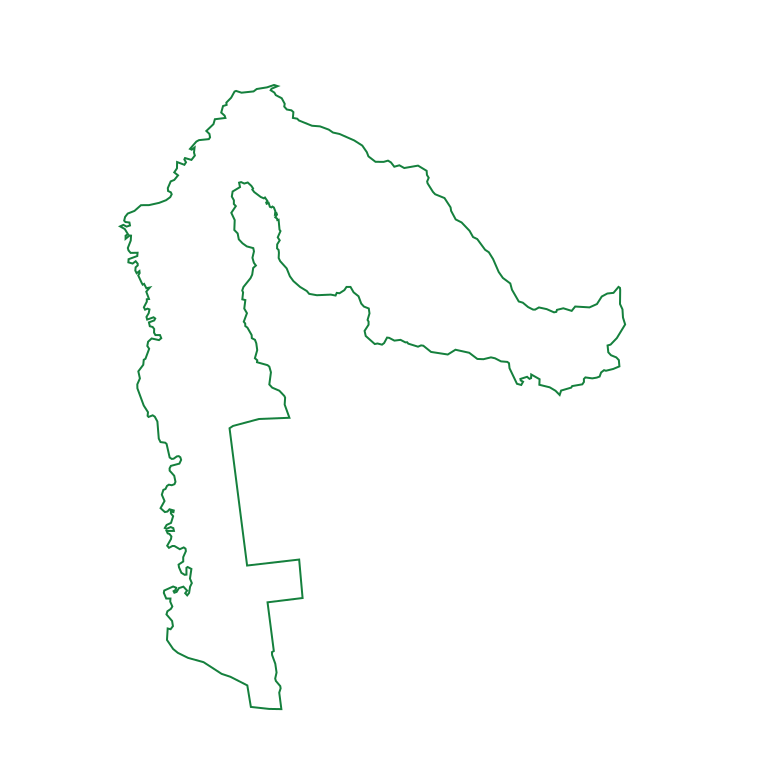 outline of Pimenteiras do Oeste, Rondônia, Brazil, rotated 83°
{"feature_id": "56859067B54089399985643", "entity_name": "Pimenteiras do Oeste", "entity_type": "district", "adm_level": 2, "iso_a3": "BRA", "parent_name": "Brazil", "parent_adm1": "Rondônia", "projection": "mercator", "projection_center": [-61.562, -13.01], "detail": "fine", "context": "isolated", "style": "outline", "palette": "green", "viewbox_px": 768, "rotation_deg": 83, "n_neighbors": 0, "source": "geoboundaries", "source_scale": "gbopen_adm2", "svg_char_len": 6143}
<svg xmlns="http://www.w3.org/2000/svg" viewBox="0 0 768 768"><g transform="rotate(83 384 384)"><path d="M694.2,525.5L677.6,525.6L673.5,523.7L671.2,523.8L665.6,527.5L663.1,527.9L657.3,525.8L648.4,526.0L639.3,528.1L636.5,527.9L635.6,525.9L586.5,526.2L586.5,490.9L547.9,489.6L547.5,542.0L409.1,542.7L407.2,538.9L403.5,512.4L406.0,482.0L392.3,485.1L385.5,483.8L383.7,484.4L377.9,488.7L374.0,495.4L370.5,497.9L358.6,494.8L352.8,495.7L351.1,497.3L346.9,507.4L345.0,506.9L342.7,509.0L334.9,505.7L328.0,505.8L324.4,506.7L322.4,509.6L319.3,509.4L311.4,512.7L309.6,514.6L307.0,514.4L305.1,515.6L297.0,511.4L292.1,513.5L283.8,511.4L282.7,514.3L275.9,512.7L273.9,513.3L270.6,511.7L262.7,503.6L259.4,501.5L252.9,499.7L250.8,496.7L247.8,498.4L242.7,499.2L236.5,496.9L233.2,497.2L230.7,503.4L227.1,507.3L222.7,510.5L216.7,510.9L212.9,513.8L203.1,512.2L195.5,514.7L189.4,509.4L187.0,511.1L183.4,510.6L179.4,512.2L174.5,510.8L171.0,502.9L166.5,503.3L166.2,501.2L168.0,498.3L167.4,494.7L171.2,491.5L174.0,490.1L175.0,491.0L177.7,489.4L183.4,483.5L185.1,480.6L184.4,479.4L188.4,477.3L189.5,478.8L190.8,478.5L190.3,476.4L194.2,475.7L195.0,474.2L194.3,473.1L195.4,471.8L199.3,470.8L202.3,471.5L201.4,469.9L202.8,469.6L205.3,471.6L206.8,470.0L208.3,469.9L208.1,468.6L218.1,468.9L219.6,468.1L225.5,471.6L228.7,470.0L232.4,473.0L236.4,473.6L238.1,472.3L240.9,472.3L246.1,473.2L249.4,472.1L257.4,466.5L265.6,464.3L270.8,461.4L277.4,455.5L282.3,449.3L285.4,447.3L287.7,439.8L288.8,425.9L290.3,421.3L287.8,419.8L288.5,417.1L286.0,411.9L283.1,409.4L283.6,405.4L289.3,403.0L293.8,398.6L301.4,396.8L304.7,394.5L307.2,389.9L312.2,389.8L318.4,392.5L320.2,391.7L323.3,392.1L328.9,396.8L334.1,396.3L343.2,388.3L343.0,385.5L344.7,381.2L343.4,378.9L338.3,375.3L338.8,373.3L342.2,368.4L342.2,362.2L345.3,357.7L345.4,355.9L346.9,355.0L351.1,345.7L350.2,342.5L350.8,340.3L357.9,333.4L362.5,317.1L358.7,308.9L363.4,295.6L370.5,288.3L371.5,282.3L370.6,274.6L372.0,270.7L375.8,265.1L377.1,258.9L378.6,257.4L383.6,257.5L400.0,252.0L401.7,247.9L398.7,245.7L397.1,247.9L395.6,248.0L394.3,241.1L396.6,239.0L396.1,237.3L392.5,236.7L398.2,229.0L403.7,229.9L407.5,219.9L411.6,214.6L416.3,211.0L412.1,209.0L410.4,198.6L409.0,197.5L408.5,187.2L406.3,185.3L403.4,185.0L402.0,183.3L403.8,176.6L403.6,172.1L402.9,169.1L399.0,167.1L397.1,163.9L397.9,162.1L397.0,154.6L395.2,148.2L388.9,148.0L385.9,150.2L383.1,155.2L379.9,157.5L373.0,157.4L372.5,154.3L366.8,147.3L354.3,137.4L347.1,138.7L339.0,138.2L333.4,140.0L319.3,138.1L317.3,138.1L316.2,139.4L321.5,145.1L321.4,151.3L323.7,157.2L330.6,162.9L333.0,170.7L330.4,184.8L334.3,188.8L330.7,196.8L331.5,203.3L333.4,204.2L333.6,206.5L329.5,213.4L326.9,220.9L328.6,225.0L328.3,227.0L325.2,231.6L320.2,236.3L318.5,240.2L306.0,245.5L299.6,246.4L293.2,253.1L286.8,256.5L273.3,260.5L266.0,263.9L263.1,267.3L251.5,273.8L249.0,277.7L242.4,280.4L233.1,287.3L229.4,292.8L220.3,296.3L216.8,296.4L206.8,301.3L201.9,310.1L199.3,312.0L190.1,316.3L188.2,316.5L184.8,314.5L181.7,315.9L177.6,315.7L171.4,323.6L172.1,337.6L168.8,342.1L169.6,347.3L164.9,350.1L162.8,352.8L163.5,357.3L162.4,365.4L156.2,371.7L151.8,372.8L144.7,376.5L138.6,383.9L130.4,397.7L128.2,404.0L124.8,407.8L120.5,416.1L118.9,424.0L112.1,436.3L110.1,437.8L108.8,442.0L103.1,440.8L101.1,442.5L99.7,447.0L96.5,449.2L93.8,448.4L87.9,450.7L84.1,456.2L81.4,457.3L78.6,460.7L77.2,459.6L75.4,453.2L73.8,456.8L75.3,463.9L75.7,474.4L77.7,477.8L77.5,489.9L75.1,495.1L75.5,496.7L81.2,500.8L85.5,506.2L87.8,506.2L88.5,509.9L94.8,512.5L98.2,509.5L100.6,509.0L100.6,519.6L105.3,521.6L111.2,529.5L114.5,526.8L118.0,526.6L119.6,528.0L119.4,537.9L120.5,540.7L127.0,547.9L128.0,546.3L126.2,543.2L131.2,544.4L134.2,543.9L138.1,547.8L135.5,554.0L136.8,554.8L139.8,553.5L142.1,555.4L138.5,562.3L144.7,563.2L148.4,566.4L151.8,563.0L155.9,567.3L156.9,571.0L163.2,574.7L166.1,574.8L167.8,572.2L169.8,571.6L172.5,573.4L175.0,577.9L176.8,585.1L177.8,595.4L176.9,603.4L181.8,610.6L183.6,617.6L186.6,620.6L190.2,622.0L191.7,620.9L192.7,617.0L195.7,616.8L196.4,620.3L194.3,623.3L195.4,626.7L198.6,622.4L204.1,619.9L205.3,622.4L208.4,622.8L205.6,618.4L205.9,617.0L210.8,617.9L217.8,621.7L220.3,621.3L223.0,619.5L223.7,612.6L226.9,613.3L229.0,622.3L232.1,622.9L233.8,618.8L231.9,615.5L234.6,613.8L236.3,614.0L237.9,616.3L241.1,617.0L243.9,616.0L242.1,613.0L244.1,613.0L246.3,614.7L254.1,612.2L256.0,611.4L255.4,609.9L260.0,608.2L259.7,604.7L263.4,608.7L271.0,606.9L271.0,609.1L273.4,609.4L278.6,613.0L281.1,612.1L280.4,609.5L281.4,607.7L285.0,608.9L288.5,611.6L291.2,611.2L289.7,604.6L291.1,603.1L292.9,604.3L294.2,609.8L298.1,609.4L299.2,606.7L301.4,605.4L305.0,606.0L307.6,604.9L308.1,600.4L311.4,599.5L313.0,602.0L310.5,609.1L313.3,613.0L317.4,614.3L320.4,612.8L329.9,617.7L330.7,619.5L335.6,620.6L341.5,626.3L348.7,625.6L354.3,628.9L358.2,629.3L376.1,625.1L383.2,621.7L386.8,622.5L388.0,621.7L386.9,617.4L388.5,615.5L393.6,613.5L410.8,614.2L414.4,612.9L415.6,608.3L417.0,607.1L430.8,605.7L432.5,603.8L432.5,601.9L430.6,598.4L430.6,596.5L431.9,595.1L434.6,594.6L438.1,596.8L439.3,605.5L441.6,607.1L443.9,607.3L449.5,603.4L455.7,602.9L457.9,604.2L458.6,607.0L457.7,609.8L458.7,611.8L461.6,613.7L462.2,615.9L466.8,618.0L473.4,616.1L480.0,620.9L484.4,617.1L484.2,614.5L482.2,612.2L483.9,608.1L485.5,608.6L484.6,611.1L486.5,611.3L489.5,609.4L495.9,612.3L497.4,616.9L500.2,619.1L501.3,617.5L500.0,613.2L501.4,610.7L504.2,610.4L503.4,617.7L505.9,616.9L506.7,615.2L509.4,613.6L511.9,614.3L518.1,618.9L520.4,617.4L519.0,613.8L519.3,611.7L523.1,606.8L521.8,602.7L523.2,601.1L525.7,601.0L531.4,604.4L535.7,604.9L538.2,609.9L541.0,609.8L546.7,608.1L549.1,605.1L549.1,603.3L542.4,602.5L541.7,601.2L544.1,597.7L553.5,600.3L558.2,599.0L561.6,601.2L567.6,602.9L569.8,605.1L567.4,606.8L565.1,604.6L560.7,607.8L561.6,612.4L565.1,615.2L565.6,617.5L564.0,618.1L563.0,616.0L560.9,615.1L559.3,618.0L562.2,627.3L564.5,628.0L570.4,626.3L570.9,622.1L574.0,622.7L579.0,621.2L581.2,622.9L583.2,626.7L586.2,628.0L593.4,623.2L598.6,623.0L601.4,625.7L600.3,628.5L611.6,630.6L621.3,625.6L625.7,621.4L632.0,611.8L638.1,597.0L651.9,580.5L655.9,572.1L666.5,556.4L688.3,555.5L692.5,537.6L694.2,525.5Z" fill="none" stroke="#15803d" stroke-width="2"/></g></svg>